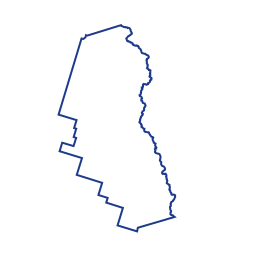 Mitre, Santiago del Estero, Argentina (Mercator projection), rotated 197°
{"feature_id": "61730980B33007651807911", "entity_name": "Mitre", "entity_type": "district", "adm_level": 2, "iso_a3": "ARG", "parent_name": "Argentina", "parent_adm1": "Santiago del Estero", "projection": "mercator", "projection_center": [-62.854, -29.629], "detail": "fine", "context": "isolated", "style": "outline", "palette": "blue", "viewbox_px": 256, "rotation_deg": 197, "n_neighbors": 0, "source": "geoboundaries", "source_scale": "gbopen_adm2", "svg_char_len": 5859}
<svg xmlns="http://www.w3.org/2000/svg" viewBox="0 0 256 256"><g transform="rotate(197 128 128)"><path d="M198.6,200.0L198.3,120.5L179.5,120.5L179.5,112.2L177.3,112.2L177.3,103.5L174.7,103.4L174.8,94.8L186.6,94.7L186.6,85.8L163.2,85.8L163.3,68.2L136.7,68.0L136.7,55.3L127.0,55.2L127.0,50.3L109.5,50.1L109.5,31.8L89.1,31.8L89.4,35.5L57.4,56.6L57.9,56.8L58.7,56.9L59.3,57.4L59.9,57.6L60.4,57.6L60.8,57.4L61.2,57.4L61.4,57.6L61.8,57.7L62.1,57.8L62.3,58.7L62.6,59.0L62.6,59.8L62.3,60.3L62.4,61.0L62.8,61.5L63.3,61.9L63.9,62.7L64.0,63.2L64.7,64.5L64.8,65.2L64.7,65.5L64.3,65.8L64.3,66.2L64.5,67.0L65.1,67.8L65.1,68.1L64.9,68.7L65.1,69.2L65.1,69.6L64.5,70.3L64.2,70.6L63.7,71.2L63.9,71.8L63.2,72.6L63.0,73.6L62.9,75.4L62.7,75.7L63.0,76.1L63.1,76.4L63.2,77.4L63.6,77.6L63.8,77.5L64.6,77.7L65.0,77.7L65.5,77.3L65.9,77.1L66.8,77.0L67.0,77.4L67.0,77.6L67.5,77.8L67.7,78.2L67.8,78.7L68.2,78.9L68.5,79.1L68.9,79.3L69.1,79.6L69.3,80.4L70.0,80.9L70.0,81.2L70.2,81.3L70.4,81.2L70.5,81.4L70.5,81.7L70.4,82.0L70.6,82.3L70.5,83.3L70.7,83.7L71.1,84.2L71.5,85.1L71.8,85.4L71.7,85.6L72.5,85.9L72.8,85.8L73.6,86.3L74.0,86.4L74.5,86.4L74.7,86.5L74.7,86.8L74.9,87.1L75.0,87.5L74.9,88.2L75.0,89.1L75.3,89.5L75.7,90.2L76.0,90.1L76.2,90.3L76.3,90.7L76.7,91.8L77.0,92.2L77.0,92.6L77.4,92.8L77.4,93.6L77.5,94.3L78.3,95.0L78.6,95.1L78.8,95.3L79.1,95.2L79.6,94.6L80.2,94.7L80.9,94.5L81.2,94.2L82.1,94.6L82.4,95.2L82.3,96.3L81.5,97.6L80.9,98.2L80.5,98.7L80.5,99.6L80.9,100.1L81.3,100.8L82.2,101.5L83.0,101.7L84.1,101.7L84.8,102.1L85.8,103.1L86.1,104.8L86.3,105.2L86.5,105.4L87.4,105.6L87.7,105.9L87.8,106.2L88.1,106.5L88.2,107.0L88.0,107.6L88.3,108.4L88.3,109.6L88.6,110.3L89.8,111.8L90.4,112.2L91.1,112.4L91.7,112.2L94.0,112.2L94.7,112.5L95.1,112.8L95.3,113.1L95.3,113.6L95.1,114.2L95.4,114.7L95.4,114.9L96.0,115.4L96.1,115.7L95.5,116.5L95.7,116.8L95.1,116.9L95.1,117.5L95.6,117.7L96.0,118.4L96.4,118.6L96.8,119.2L97.1,119.5L97.1,121.0L97.5,121.0L98.0,121.4L99.0,121.4L99.4,121.9L99.6,122.6L100.9,123.7L101.5,125.5L101.1,125.7L101.0,126.2L101.5,126.5L103.2,126.6L103.5,126.9L103.8,127.0L104.7,127.6L104.9,128.0L106.1,128.9L106.4,129.5L106.8,129.9L107.2,129.9L108.3,129.6L109.2,129.6L110.1,129.4L111.0,129.4L111.4,129.7L111.5,130.3L111.9,130.8L112.0,131.3L112.0,131.6L112.1,132.0L112.7,131.8L113.2,132.0L113.6,132.3L114.1,132.6L114.3,132.8L114.9,132.8L115.1,133.0L115.3,132.9L115.5,133.3L115.3,133.7L115.5,134.2L115.6,134.7L116.2,134.8L116.5,135.1L116.7,135.3L116.9,136.0L117.6,136.1L117.9,136.4L118.2,136.5L118.6,136.6L118.8,136.9L118.7,137.4L118.8,137.6L118.5,138.2L118.6,139.0L118.9,139.3L119.0,139.7L118.8,140.1L118.9,140.9L118.9,141.3L118.6,141.7L118.9,142.3L118.8,142.7L118.6,143.2L118.5,143.7L118.2,143.9L117.9,144.3L117.9,144.8L118.1,145.0L117.9,145.8L119.0,146.2L119.2,146.5L119.2,146.9L119.0,147.6L118.9,148.2L118.4,148.9L117.9,149.3L117.9,149.9L118.0,150.5L118.3,150.9L118.4,151.2L118.4,151.9L118.4,152.5L118.0,152.8L118.0,153.7L117.8,154.1L117.8,154.7L119.2,156.3L121.1,156.3L121.6,156.9L121.8,157.4L122.5,158.2L123.2,158.1L123.6,158.8L123.7,159.7L123.2,160.4L123.5,160.8L124.4,161.7L125.1,162.1L125.4,162.2L125.9,162.0L126.3,162.2L126.5,162.7L126.1,162.9L126.1,163.6L125.7,164.6L125.8,165.2L126.1,165.7L125.9,166.2L126.3,167.0L126.3,167.7L126.2,168.1L125.8,168.6L125.6,169.2L125.7,169.8L126.0,169.9L125.9,170.1L126.1,170.4L126.3,170.5L126.6,170.5L126.7,170.8L126.1,171.0L125.7,171.7L126.0,172.8L126.3,173.4L126.2,173.7L126.3,174.0L125.9,174.4L125.8,174.7L125.7,174.7L125.3,174.6L125.1,174.7L124.8,174.9L124.6,175.0L124.1,175.0L123.7,174.8L123.2,174.9L122.8,174.8L122.5,175.3L121.7,175.8L121.9,176.1L122.0,176.7L121.2,177.4L120.6,178.2L120.6,179.3L120.9,179.7L120.9,179.8L120.6,179.9L120.4,180.1L120.3,180.6L120.1,180.7L119.8,181.1L119.9,181.3L120.1,181.5L120.1,182.2L120.0,182.4L120.2,182.7L120.9,182.9L121.2,183.1L121.5,182.9L122.2,183.2L122.5,183.4L122.5,183.6L122.2,183.9L122.2,184.1L122.4,184.4L122.4,184.6L122.1,184.9L122.1,185.3L122.7,186.0L122.9,186.1L123.0,186.2L123.0,186.5L122.9,186.8L122.8,187.0L123.0,187.2L122.9,187.5L122.9,187.8L123.1,188.3L123.4,189.3L123.4,189.7L123.6,189.8L124.0,189.8L125.0,189.5L125.3,190.0L125.5,190.2L125.8,190.2L126.2,190.3L126.3,190.5L126.7,190.7L127.3,190.7L127.4,190.8L127.3,191.0L127.2,191.5L127.3,192.1L127.1,192.4L127.4,192.9L127.4,193.3L127.6,193.5L127.5,193.9L127.6,194.2L127.8,194.5L128.1,194.6L128.3,194.7L129.0,195.4L129.1,195.7L129.1,196.4L129.4,197.0L129.9,197.7L130.1,198.4L130.2,198.5L130.2,199.2L129.8,199.2L129.8,199.8L129.5,200.3L129.3,200.4L129.1,200.6L129.0,200.9L128.9,201.3L128.9,201.7L129.0,202.4L129.7,203.0L130.6,203.4L131.1,203.2L131.9,203.5L132.2,203.5L132.9,203.8L133.1,204.0L134.0,203.8L134.9,203.8L136.5,203.8L136.9,204.1L137.3,204.5L137.9,205.6L138.4,206.0L138.7,206.7L139.4,207.2L139.7,207.3L139.9,207.4L140.6,207.5L141.0,207.8L141.3,208.0L141.4,208.6L141.7,208.9L141.9,209.0L142.0,209.2L142.3,209.4L142.7,209.4L143.1,209.2L143.3,209.4L143.5,209.5L143.9,209.5L144.2,209.2L144.7,208.9L145.7,209.0L146.0,209.0L146.2,208.8L147.1,208.9L147.5,209.1L147.7,209.4L147.7,209.6L148.3,209.7L148.7,210.5L149.4,210.7L150.2,210.5L150.6,210.5L150.9,210.8L151.5,210.8L151.7,211.0L152.2,210.8L153.0,211.2L153.3,211.2L153.5,210.9L153.8,211.0L154.1,211.0L154.6,211.5L155.6,212.8L155.8,213.1L155.4,213.6L155.4,213.8L155.1,214.7L154.9,215.1L154.9,215.4L154.4,216.0L153.9,216.3L153.7,216.6L153.6,217.1L153.1,217.4L152.8,217.8L152.7,218.1L152.3,218.6L151.9,219.1L151.9,219.4L152.0,219.6L152.4,219.9L152.4,220.2L152.6,220.3L152.8,220.7L153.4,221.1L153.7,221.5L153.9,221.7L154.1,222.5L154.4,222.7L154.7,223.0L155.1,223.3L155.3,223.6L155.7,223.9L156.0,223.9L156.8,224.0L157.2,223.8L157.6,223.5L158.1,223.9L158.4,223.8L159.8,223.8L159.8,223.6L161.1,223.4L162.1,223.4L163.0,223.7L164.0,223.6L164.8,223.9L164.9,224.2L193.9,204.5L195.3,204.5L195.2,202.3L196.8,200.0L198.6,200.0Z" fill="none" stroke="#1e3a8a" stroke-width="2"/></g></svg>